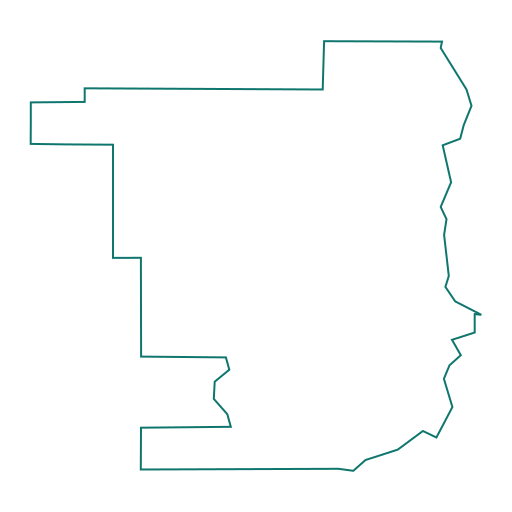 Jefferson Davis, Louisiana, United States of America (orthographic projection)
{"feature_id": "52423323B3743396317208", "entity_name": "Jefferson Davis", "entity_type": "district", "adm_level": 2, "iso_a3": "USA", "parent_name": "United States of America", "parent_adm1": "Louisiana", "projection": "orthographic", "projection_center": [-92.778, 30.263], "detail": "fine", "context": "isolated", "style": "outline", "palette": "teal", "viewbox_px": 512, "rotation_deg": 0, "n_neighbors": 0, "source": "geoboundaries", "source_scale": "gbopen_adm2", "svg_char_len": 725}
<svg xmlns="http://www.w3.org/2000/svg" viewBox="0 0 512 512"><path d="M440.7,48.0L442.0,41.6L324.1,41.2L322.7,89.5L84.7,88.3L84.7,101.9L30.8,102.4L30.8,122.0L30.7,139.3L30.7,143.9L66.6,144.4L113.0,144.7L113.0,257.9L140.9,257.8L141.1,356.6L225.9,357.4L229.3,369.7L214.7,381.7L213.8,398.9L227.3,414.2L230.8,426.8L141.0,427.7L140.8,469.5L338.5,468.8L353.3,470.8L365.5,460.0L397.8,449.6L422.9,431.0L436.4,437.5L446.5,418.3L452.4,407.0L443.9,378.8L449.5,365.3L460.8,355.2L452.0,339.8L474.7,332.5L474.7,314.1L481.3,314.8L455.2,301.4L445.4,286.9L448.8,276.0L444.1,234.8L446.5,219.2L440.7,206.9L451.1,182.3L442.7,145.3L460.2,138.7L463.7,125.2L471.5,105.8L466.5,89.5L440.7,48.0Z" fill="none" stroke="#0f766e" stroke-width="2"/></svg>